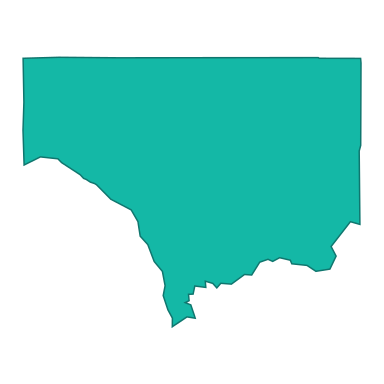 the district of Cowlitz, Washington, United States of America
{"feature_id": "52423323B43213790326288", "entity_name": "Cowlitz", "entity_type": "district", "adm_level": 2, "iso_a3": "USA", "parent_name": "United States of America", "parent_adm1": "Washington", "projection": "orthographic", "projection_center": [-122.727, 46.119], "detail": "fine", "context": "isolated", "style": "filled", "palette": "teal", "viewbox_px": 384, "rotation_deg": 0, "n_neighbors": 0, "source": "geoboundaries", "source_scale": "gbopen_adm2", "svg_char_len": 889}
<svg xmlns="http://www.w3.org/2000/svg" viewBox="0 0 384 384"><path d="M23.1,58.3L23.9,102.2L23.0,130.2L24.1,165.0L40.4,156.9L57.9,158.8L61.6,162.6L80.3,174.8L83.6,178.4L86.2,179.4L90.3,182.1L94.7,183.6L96.5,184.7L110.9,199.3L131.2,209.9L138.0,221.7L138.3,224.0L140.2,236.2L147.8,244.6L154.2,261.5L162.4,271.4L165.1,285.7L163.2,295.6L167.9,309.8L172.4,318.1L172.3,326.7L187.0,316.9L195.2,318.2L194.4,315.6L190.8,304.9L185.2,302.6L189.1,300.7L188.5,294.3L193.1,294.1L194.8,286.0L205.8,287.4L205.3,281.2L212.8,283.4L216.8,287.9L220.8,283.3L231.4,284.1L244.5,274.5L251.7,275.0L259.7,262.2L268.0,259.3L272.7,261.4L279.6,257.7L290.3,260.2L291.8,263.8L307.0,265.4L315.9,271.3L329.9,269.1L336.1,256.1L331.1,246.5L350.4,221.7L359.9,224.4L359.2,151.0L360.7,145.4L361.0,63.0L360.6,58.4L319.2,58.3L318.2,57.6L117.8,57.8L58.9,57.3L23.1,58.3Z" fill="#14b8a6" stroke="#0f766e" stroke-width="1.5"/></svg>